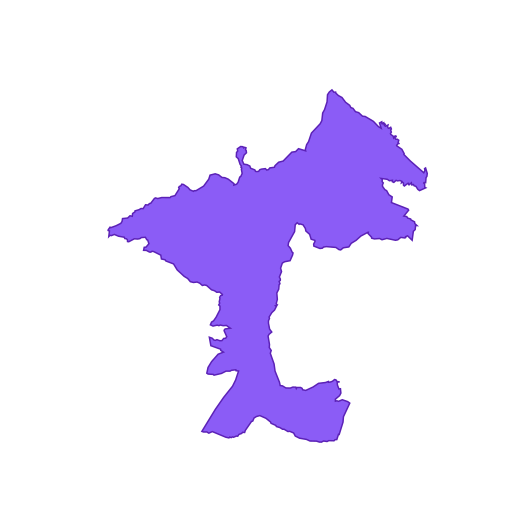 the district of Atzitzihuacán, Puebla, Mexico, rotated 113°
{"feature_id": "50627088B49203716131538", "entity_name": "Atzitzihuacán", "entity_type": "district", "adm_level": 2, "iso_a3": "MEX", "parent_name": "Mexico", "parent_adm1": "Puebla", "projection": "mercator", "projection_center": [-98.615, 18.813], "detail": "fine", "context": "isolated", "style": "filled", "palette": "violet", "viewbox_px": 512, "rotation_deg": 113, "n_neighbors": 0, "source": "geoboundaries", "source_scale": "gbopen_adm2", "svg_char_len": 6114}
<svg xmlns="http://www.w3.org/2000/svg" viewBox="0 0 512 512"><g transform="rotate(113 256 256)"><path d="M96.7,167.7L96.3,169.5L93.7,169.8L93.3,171.5L93.9,173.0L93.3,174.0L92.4,174.4L91.4,173.6L90.9,174.0L91.1,174.9L93.5,175.5L92.1,176.5L91.4,179.5L90.7,180.1L89.1,179.8L87.4,181.3L86.2,181.0L84.9,182.3L86.6,183.5L86.6,184.2L85.7,185.4L83.9,185.7L86.0,187.6L85.5,188.8L84.3,188.4L83.9,189.4L84.7,190.3L83.5,190.6L84.8,191.9L83.3,192.7L85.3,194.3L89.5,190.7L89.1,193.8L86.2,200.5L84.9,210.0L85.7,212.6L83.9,217.5L84.3,220.8L82.2,224.4L82.3,226.7L80.7,228.6L79.5,233.6L76.5,238.8L76.1,242.9L74.9,246.1L74.0,246.7L74.8,248.3L73.4,251.0L76.4,252.6L79.6,253.2L86.4,250.8L94.5,250.1L98.3,250.5L105.6,248.3L109.2,248.6L121.2,253.0L130.2,252.3L133.7,252.9L138.7,252.2L139.8,251.4L140.6,258.8L144.4,260.3L146.4,263.6L158.0,268.1L160.8,271.8L165.4,273.8L167.1,273.7L169.5,277.7L171.6,278.3L172.7,279.7L171.9,281.5L173.8,284.8L175.0,286.2L177.1,286.7L178.0,288.3L178.3,289.5L177.2,290.7L177.3,295.3L175.6,296.8L175.4,299.9L176.2,303.1L173.5,306.0L167.7,306.4L164.7,305.1L162.8,306.2L162.4,307.1L160.3,307.5L160.4,309.0L161.3,309.6L160.5,310.7L161.2,312.9L164.7,315.1L166.6,313.8L168.2,314.4L172.4,312.9L173.3,310.4L177.9,306.4L178.9,304.6L180.1,304.6L180.6,303.5L182.0,303.3L185.4,301.0L188.7,301.1L189.7,301.8L195.2,301.3L197.5,301.9L199.4,304.1L198.0,304.5L196.1,311.6L196.1,315.3L197.0,318.0L195.9,322.1L196.3,325.7L199.5,329.9L203.7,329.5L212.1,331.5L219.3,336.7L220.1,338.5L220.9,338.8L220.9,342.5L219.5,345.5L218.5,350.7L218.9,352.4L220.7,352.6L222.0,353.8L223.3,353.9L224.0,352.9L232.1,354.2L234.6,357.5L235.8,357.9L239.0,365.6L241.5,368.9L241.8,371.2L242.7,372.0L248.6,373.5L249.4,374.6L251.2,375.3L252.0,377.7L256.5,378.4L257.2,380.4L259.1,381.8L261.7,385.0L262.7,384.7L265.1,386.2L267.8,385.4L268.2,387.7L271.2,389.0L273.7,393.5L276.5,392.8L278.8,393.2L282.9,396.7L286.7,400.8L286.5,401.6L289.5,402.3L290.3,402.1L290.2,400.7L295.6,399.1L294.0,398.5L293.8,397.2L291.5,394.8L291.5,390.3L290.2,384.6L291.2,383.6L290.8,382.0L291.3,380.7L292.9,379.9L292.6,378.7L287.7,374.7L286.6,371.5L285.4,369.7L283.8,368.7L282.0,365.1L283.7,362.9L283.6,362.0L286.5,359.4L290.8,360.7L291.7,362.3L294.7,361.7L293.7,359.1L294.0,355.6L293.5,354.3L292.3,353.6L291.9,352.0L292.4,344.0L295.7,341.9L295.0,338.3L295.8,337.0L295.5,328.8L299.6,323.1L302.8,314.2L303.4,310.1L305.3,306.4L304.8,303.2L303.0,300.1L303.0,297.2L304.1,293.9L302.8,292.1L302.4,290.0L304.5,283.7L304.2,280.7L304.7,277.9L303.4,275.4L304.5,271.9L305.3,271.8L306.3,273.1L308.3,273.3L309.2,272.6L312.7,271.9L313.5,271.0L315.6,271.2L316.2,269.6L319.5,268.2L327.9,268.8L332.2,269.7L334.2,271.1L337.2,271.1L337.3,268.2L334.8,264.7L334.6,262.9L333.5,261.9L333.0,259.0L331.5,256.1L332.5,251.4L335.2,255.9L336.3,256.3L337.2,256.2L341.7,251.4L343.6,251.8L344.5,253.5L347.2,254.3L348.1,256.1L348.3,259.3L349.5,260.4L349.8,261.7L348.8,264.2L349.0,267.2L356.2,262.5L355.6,252.2L356.7,251.5L357.2,248.4L361.2,252.5L370.5,255.6L377.3,256.6L383.1,255.5L383.4,254.0L381.7,249.1L382.1,248.1L377.6,241.9L373.7,238.6L372.1,234.9L370.8,233.9L368.6,230.1L369.4,229.6L368.7,227.1L378.1,226.3L385.0,226.7L398.7,230.5L413.0,233.5L438.6,237.3L438.5,235.5L437.2,232.6L437.5,230.2L434.7,227.6L434.6,213.0L434.0,209.8L432.9,209.4L432.9,207.9L431.7,207.0L431.6,205.8L429.5,203.8L429.0,202.4L426.9,202.0L425.0,199.9L423.5,199.4L422.9,197.5L420.7,197.7L410.1,195.5L409.2,194.5L405.9,194.5L403.6,192.9L401.4,190.1L401.5,183.5L403.1,177.8L404.1,176.8L404.2,171.6L405.0,170.6L404.6,166.9L405.1,163.9L404.5,162.5L405.1,158.0L404.2,156.5L404.2,152.2L406.4,149.5L406.7,144.7L405.1,137.9L405.2,134.0L402.8,128.0L402.5,124.9L401.7,123.0L399.9,121.5L399.0,118.1L397.5,116.8L395.6,112.0L394.2,111.5L393.4,109.9L387.9,110.4L387.8,109.7L374.9,111.0L369.8,112.7L354.8,112.2L354.2,114.7L354.6,120.4L357.5,123.2L357.7,125.0L358.6,126.2L356.8,127.0L351.9,124.5L349.0,124.3L345.2,126.4L346.0,127.7L343.0,130.6L340.4,132.0L339.2,129.8L339.9,132.3L338.8,134.0L339.0,135.4L341.5,136.7L343.2,138.6L343.9,139.9L343.2,140.3L345.3,142.6L348.8,148.7L354.2,152.2L360.3,157.7L360.9,160.7L359.8,161.9L359.6,163.6L361.0,166.9L362.3,167.1L361.2,168.2L362.3,170.9L364.2,172.9L365.8,177.0L365.2,180.9L365.8,183.1L363.0,185.1L354.5,193.5L348.3,197.2L340.0,204.8L337.0,205.1L335.1,208.0L332.2,209.0L325.0,213.6L323.0,213.4L319.8,211.8L318.0,214.9L313.1,218.2L310.8,219.2L308.2,219.2L307.1,220.1L301.9,219.3L298.5,217.8L293.7,217.5L294.4,218.0L294.2,218.7L292.9,217.5L291.8,218.8L287.6,219.4L281.9,222.4L277.7,222.1L273.4,223.5L272.2,223.1L270.3,224.8L269.0,224.1L267.7,224.6L266.2,226.3L260.4,226.4L257.6,228.6L252.2,229.0L250.1,227.4L247.0,222.8L241.0,222.7L238.7,223.1L238.3,224.3L235.4,227.4L233.9,230.5L230.9,231.3L218.5,230.0L211.9,232.1L209.3,231.1L210.0,228.7L209.3,228.2L208.9,224.9L211.4,221.3L213.5,219.9L215.1,215.1L219.0,211.8L218.6,208.0L219.4,207.4L222.5,207.6L224.3,206.6L224.1,200.1L222.9,198.0L221.4,197.3L219.9,195.0L216.9,185.8L217.7,182.1L217.3,180.4L214.3,178.8L211.4,174.1L207.1,173.3L202.5,170.0L196.7,167.3L190.6,162.4L190.3,161.9L191.5,161.7L193.4,157.2L194.4,156.5L194.0,153.7L191.6,149.0L191.8,146.4L188.7,142.4L187.0,133.7L185.7,131.8L182.3,130.0L181.2,126.0L180.5,125.4L179.8,125.9L178.2,124.4L180.5,118.4L171.8,120.8L169.5,119.8L165.6,121.0L165.1,119.7L164.1,122.5L162.6,123.4L162.2,127.5L161.5,128.1L161.8,131.3L160.8,132.6L161.5,135.5L154.2,133.4L153.4,134.4L153.9,152.2L148.4,153.7L147.7,157.6L144.8,161.3L144.6,163.3L142.5,166.7L141.1,167.4L139.0,167.4L138.3,168.9L136.2,169.7L135.7,171.1L134.1,165.1L134.6,162.6L133.0,160.0L134.3,159.6L134.4,157.9L131.6,156.6L131.6,155.2L130.3,153.0L130.3,150.9L131.8,150.7L130.8,150.0L131.2,148.8L133.2,147.9L133.6,146.8L129.8,144.6L129.5,144.0L130.7,143.3L130.5,142.7L127.9,141.6L129.7,140.3L128.7,139.0L129.6,137.9L129.4,136.0L131.4,133.1L131.9,131.0L126.9,126.4L126.8,127.5L123.9,128.9L123.3,130.1L122.6,129.9L122.2,128.5L117.4,130.1L115.9,129.8L113.1,130.6L108.7,134.3L109.7,135.0L111.4,133.9L113.8,134.1L108.3,150.9L104.8,159.5L103.9,159.6L100.8,163.4L99.6,169.4L99.2,169.8L96.6,169.0L96.7,167.7Z" fill="#8b5cf6" stroke="#5b21b6" stroke-width="1.5"/></g></svg>